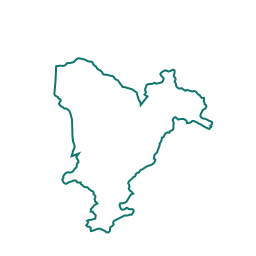 Santa Luzia, Bahia, Brazil (Equal Earth projection), rotated 245°
{"feature_id": "56859067B43041247396885", "entity_name": "Santa Luzia", "entity_type": "district", "adm_level": 2, "iso_a3": "BRA", "parent_name": "Brazil", "parent_adm1": "Bahia", "projection": "equal_earth", "projection_center": [-39.272, -15.469], "detail": "fine", "context": "isolated", "style": "outline", "palette": "teal", "viewbox_px": 256, "rotation_deg": 245, "n_neighbors": 0, "source": "geoboundaries", "source_scale": "gbopen_adm2", "svg_char_len": 4638}
<svg xmlns="http://www.w3.org/2000/svg" viewBox="0 0 256 256"><g transform="rotate(245 128 128)"><path d="M42.7,64.3L41.7,65.9L42.1,67.9L44.3,69.2L45.6,70.2L45.8,72.3L46.6,74.2L48.5,74.5L49.7,76.0L49.8,78.4L50.0,84.7L50.1,86.8L50.0,88.3L49.3,89.5L48.8,91.1L48.8,93.0L47.9,94.5L49.0,96.7L50.2,98.0L51.7,98.3L52.9,97.2L53.4,95.7L54.2,94.4L55.3,94.0L56.3,93.2L55.7,90.7L56.5,88.0L57.9,87.3L59.2,87.6L60.3,87.4L62.0,88.0L62.9,89.0L62.5,90.3L61.9,91.7L61.6,93.2L61.8,95.3L62.7,96.8L63.4,97.8L64.3,99.3L65.6,100.9L66.5,102.8L66.3,105.0L68.4,104.5L70.0,103.5L71.5,103.1L72.7,103.0L74.2,104.6L76.0,105.0L77.8,104.8L78.9,105.8L79.5,107.1L80.1,109.1L80.5,110.4L81.1,111.6L81.2,114.0L83.0,115.8L83.5,117.4L83.1,119.1L84.5,121.4L84.5,123.8L84.8,125.3L84.9,126.8L85.3,129.1L85.0,131.1L84.8,132.8L84.9,134.8L85.2,136.5L86.0,137.6L86.8,138.8L88.0,139.4L89.3,138.4L90.9,139.6L92.6,140.8L93.1,142.7L93.9,144.3L95.0,145.3L96.5,146.9L98.1,148.5L99.4,149.7L100.6,150.1L101.2,151.5L102.3,152.8L103.7,153.9L105.0,154.6L104.7,156.3L106.4,158.2L107.3,159.7L107.4,161.9L106.2,163.5L107.3,164.5L107.3,166.2L107.4,168.1L108.6,169.1L110.1,169.7L111.5,170.5L112.7,171.3L113.8,171.7L115.2,171.6L116.4,172.0L117.6,173.4L117.9,175.4L116.3,176.3L114.5,176.9L113.8,179.9L112.7,182.1L111.2,183.5L109.4,184.0L107.5,183.4L106.7,185.2L106.7,187.3L107.2,189.4L106.4,190.8L104.8,192.0L103.6,193.2L102.1,193.9L100.9,195.2L98.9,196.4L97.6,197.3L96.2,198.3L95.3,199.0L94.0,200.1L92.8,201.1L94.0,204.0L95.1,203.5L95.8,205.3L97.0,206.6L98.2,206.4L99.5,205.4L100.6,204.1L101.6,203.7L102.9,202.6L103.8,201.7L104.8,200.2L106.4,198.9L108.3,198.7L109.9,199.8L111.3,201.6L112.8,203.7L112.9,206.3L114.3,208.1L115.8,208.3L117.1,207.5L118.5,208.0L120.2,208.0L121.4,208.8L123.3,209.5L124.1,207.6L125.6,207.1L127.9,206.8L129.0,205.5L130.3,205.4L131.5,205.1L132.6,204.6L133.5,203.7L133.8,201.9L135.2,200.1L136.5,198.9L137.6,197.3L137.5,195.8L138.7,195.0L139.6,194.3L141.4,193.5L141.8,191.5L142.8,190.4L143.9,189.9L145.0,189.4L146.4,189.6L147.9,190.1L148.9,190.0L150.4,189.8L151.5,191.4L152.8,192.0L154.3,191.7L155.5,191.3L156.6,191.9L157.4,192.8L158.7,193.8L160.5,194.5L161.7,193.8L161.9,192.3L161.8,190.6L162.1,188.4L163.6,187.3L164.5,186.0L164.5,183.6L164.0,181.2L163.3,180.1L161.6,180.1L160.2,180.7L159.2,181.0L157.6,181.2L156.4,180.0L155.2,178.4L155.3,176.1L155.8,174.1L156.4,172.0L157.7,171.2L157.8,168.8L158.2,167.3L159.1,165.5L159.1,163.3L158.3,162.0L157.2,161.3L156.0,159.9L154.7,159.4L152.9,159.4L152.1,158.5L151.3,157.1L149.8,157.9L148.4,159.1L143.5,149.2L144.9,149.7L146.5,150.1L148.5,149.7L150.3,149.9L151.6,150.1L153.2,150.2L154.9,150.6L156.0,150.8L157.4,150.4L159.0,149.4L160.2,148.8L161.9,147.6L162.6,146.5L163.6,145.6L164.6,144.1L166.0,143.1L166.6,141.7L167.5,140.4L169.3,140.2L170.7,139.8L172.1,139.6L173.7,139.3L175.2,139.1L176.7,137.9L177.9,137.0L179.0,136.8L180.1,136.8L181.5,136.1L182.5,134.5L183.7,133.1L184.9,131.9L186.2,129.4L187.3,128.2L188.8,128.2L190.8,127.8L192.0,127.1L193.1,126.1L194.5,125.3L195.6,125.1L196.7,125.1L198.3,124.4L200.2,123.3L201.8,123.7L203.0,123.3L203.9,122.5L204.5,121.1L205.4,119.9L206.6,119.0L208.0,118.0L209.0,116.9L210.0,115.6L211.5,113.5L212.3,112.1L212.0,109.8L211.0,107.5L210.7,106.1L211.1,104.3L211.5,102.7L212.5,100.3L211.6,98.3L211.4,96.7L211.9,94.9L213.1,93.0L213.6,91.5L214.3,89.0L202.1,82.6L198.5,80.6L190.1,75.7L188.6,75.5L187.1,76.4L185.8,77.5L184.0,77.5L182.7,78.7L181.2,78.7L180.3,77.0L179.1,75.6L177.4,76.0L175.9,76.5L174.6,77.7L173.5,78.0L172.5,78.5L171.9,80.1L170.4,81.2L169.2,81.6L168.1,82.0L166.9,82.0L165.4,81.9L159.3,80.8L142.1,73.4L140.9,73.4L139.6,72.5L137.9,72.5L136.7,72.4L134.8,72.1L133.4,71.6L132.2,70.6L131.2,69.4L130.4,68.3L129.0,67.4L127.5,66.1L126.3,65.0L125.7,72.5L124.6,70.5L123.6,68.8L121.8,68.9L119.9,69.2L118.0,68.7L117.1,66.4L115.5,65.7L114.1,64.6L113.6,62.7L112.8,61.1L112.0,59.9L111.7,57.8L112.3,56.1L113.3,55.1L113.5,52.8L112.4,50.1L111.5,48.8L110.1,48.5L109.0,46.5L105.9,46.6L104.3,47.4L103.5,48.4L103.6,49.8L103.8,51.5L103.6,53.2L103.3,54.7L103.3,57.3L102.0,58.8L100.3,58.9L99.1,60.6L98.7,62.1L97.2,61.5L95.9,62.4L94.2,62.9L92.5,64.0L91.6,66.0L90.5,66.5L89.4,66.7L88.4,67.4L86.7,68.1L85.5,69.4L83.9,69.6L82.6,68.8L81.6,69.2L80.1,69.7L78.8,69.0L77.7,67.6L76.3,67.5L75.0,67.2L74.0,67.9L72.5,68.3L72.4,66.5L72.2,64.6L71.4,63.1L70.8,61.8L70.1,59.9L68.9,59.5L67.9,58.8L67.1,60.6L66.0,60.7L64.9,61.0L63.6,61.6L62.3,61.8L61.1,60.9L59.7,60.0L60.1,57.9L60.2,56.2L61.1,54.1L61.2,51.8L60.0,52.3L58.9,51.5L58.0,50.4L57.4,49.0L55.9,49.6L54.6,51.5L53.3,52.0L51.9,51.2L50.2,50.9L49.7,53.2L49.6,55.3L49.5,57.5L48.9,59.6L48.0,60.6L46.4,61.9L44.6,63.5L42.7,64.3Z" fill="none" stroke="#0f766e" stroke-width="2"/></g></svg>